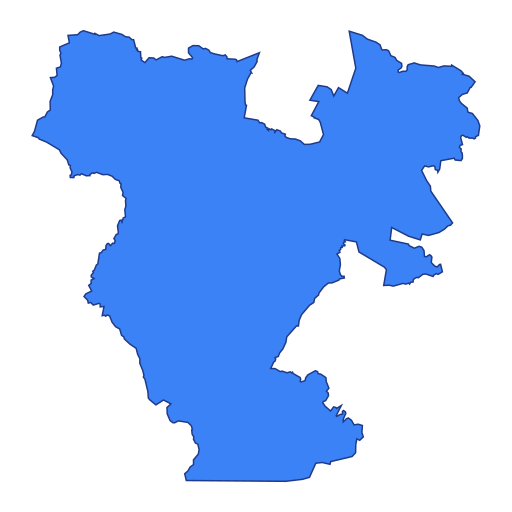 the district of Genaro Codina, Zacatecas, Mexico
{"feature_id": "50627088B62788345344248", "entity_name": "Genaro Codina", "entity_type": "district", "adm_level": 2, "iso_a3": "MEX", "parent_name": "Mexico", "parent_adm1": "Zacatecas", "projection": "robinson", "projection_center": [-102.559, 22.457], "detail": "fine", "context": "isolated", "style": "filled", "palette": "blue", "viewbox_px": 512, "rotation_deg": 0, "n_neighbors": 0, "source": "geoboundaries", "source_scale": "gbopen_adm2", "svg_char_len": 5938}
<svg xmlns="http://www.w3.org/2000/svg" viewBox="0 0 512 512"><path d="M359.7,440.3L363.3,436.9L361.9,432.5L362.4,425.5L358.1,424.2L354.1,424.9L351.4,420.2L348.4,418.0L346.6,418.6L343.3,421.9L343.2,419.4L345.8,413.3L345.4,411.8L343.5,410.5L342.4,411.4L342.6,414.2L340.3,414.4L336.7,416.4L336.2,415.7L341.3,405.5L336.5,408.5L336.0,407.5L333.6,406.9L330.6,411.0L325.1,406.2L322.8,402.7L323.2,401.6L325.7,400.6L328.5,395.6L328.2,393.0L326.4,391.2L328.9,388.2L326.3,381.7L325.9,377.6L320.9,374.2L318.1,373.6L317.6,371.7L315.4,370.7L307.8,374.9L305.7,377.8L305.1,380.6L301.1,382.0L300.2,381.5L300.7,379.2L300.1,377.5L293.4,373.7L292.4,372.1L291.4,372.8L290.1,371.8L287.2,372.8L282.0,371.1L280.2,371.6L275.1,368.6L270.7,368.5L273.8,361.9L275.0,361.2L275.7,359.1L275.1,357.5L278.3,356.5L279.5,353.1L282.8,349.0L285.9,342.3L286.8,336.8L296.5,325.9L298.4,326.0L299.2,320.2L301.6,314.6L309.6,305.2L313.8,302.5L314.6,298.5L318.6,294.9L318.9,293.1L323.7,286.8L328.4,283.0L332.0,282.9L338.9,280.1L339.3,279.0L344.3,278.0L344.1,276.3L341.8,276.3L340.3,274.4L339.3,270.9L340.4,264.7L339.8,258.4L336.9,254.0L339.9,252.4L339.3,250.5L340.6,249.6L340.7,247.7L342.2,247.4L341.9,246.0L344.7,245.8L345.0,245.1L343.3,243.5L344.0,242.1L345.3,241.8L344.3,240.4L344.6,239.7L356.4,241.9L359.0,252.0L384.3,267.1L386.4,269.6L383.7,285.5L389.1,285.2L393.4,286.1L403.0,283.4L405.6,284.1L408.8,283.1L409.6,284.1L410.6,282.3L413.1,282.0L413.3,279.6L415.0,278.2L417.1,277.3L418.2,277.8L422.9,274.3L425.9,274.0L433.1,276.5L433.9,275.0L436.3,273.6L438.1,274.4L442.4,271.8L440.6,264.3L439.4,264.5L437.4,266.9L434.9,266.2L431.8,263.2L431.3,262.1L431.9,257.1L431.0,255.7L429.6,254.7L426.2,256.8L424.5,256.5L424.0,250.6L421.8,247.2L419.0,246.3L414.4,248.2L409.0,245.6L408.5,244.1L390.1,240.2L391.7,227.5L408.8,236.3L420.3,239.9L422.1,234.0L428.5,235.4L439.0,232.5L444.4,229.2L448.0,225.8L450.5,225.2L452.6,222.9L430.8,191.1L430.4,186.2L426.5,180.4L421.6,170.4L424.6,165.9L428.6,166.9L433.3,165.7L434.9,166.7L435.3,169.6L437.6,170.3L437.9,172.2L439.7,169.0L440.8,160.7L454.1,158.2L455.1,160.0L461.0,160.6L462.4,158.6L462.4,155.2L462.0,152.7L460.9,151.5L461.2,149.0L459.4,147.3L460.1,145.4L462.5,144.6L460.6,137.4L461.5,135.7L462.9,135.2L466.2,137.3L467.5,136.8L469.1,138.1L472.8,138.1L474.1,138.9L475.5,138.1L475.6,136.6L478.4,135.4L479.8,125.9L477.9,120.5L472.4,113.5L467.9,112.1L467.2,108.1L461.4,103.4L459.6,101.1L458.6,97.7L462.3,94.4L467.2,93.0L470.2,87.4L471.1,87.4L475.1,81.8L469.1,76.2L462.3,74.2L463.3,73.4L461.0,70.8L451.7,65.1L451.7,66.3L444.0,65.9L438.3,67.5L434.2,66.0L420.4,64.9L414.2,62.9L408.2,64.7L407.2,66.6L407.2,69.8L405.9,71.3L402.6,71.3L399.5,72.5L398.1,72.0L398.3,69.8L400.8,68.3L401.9,66.5L401.6,63.4L396.7,60.4L395.0,57.4L390.9,55.7L388.6,50.8L386.4,49.7L382.7,50.0L381.7,49.4L380.0,44.8L375.9,42.1L367.3,39.1L362.4,35.3L349.2,31.2L355.8,68.2L347.4,93.2L338.5,87.6L333.8,96.0L331.2,89.6L328.7,87.9L327.0,86.8L318.2,85.4L309.9,100.2L318.8,101.6L311.3,115.7L314.5,117.4L314.3,117.9L318.7,119.5L320.3,122.4L323.5,134.6L319.6,142.0L310.0,144.3L304.3,144.4L300.3,140.8L295.3,139.0L290.2,138.8L286.1,137.3L284.9,135.9L285.4,134.2L281.5,132.9L280.3,131.0L276.7,129.7L274.4,133.2L275.4,130.9L271.6,128.9L271.0,129.7L268.8,128.7L268.6,130.5L267.0,129.2L267.3,127.9L265.6,127.0L264.6,124.1L261.6,122.6L259.6,122.8L258.0,120.2L244.2,117.8L246.5,105.3L245.5,104.9L245.0,101.6L244.7,87.9L247.5,79.1L251.0,72.7L251.6,72.9L250.3,70.3L254.1,67.0L257.1,61.6L257.0,59.3L259.4,52.7L237.0,61.6L236.5,59.8L235.1,59.2L227.2,58.8L226.9,56.9L225.3,54.9L222.9,55.7L214.9,54.0L210.4,52.6L209.0,50.3L205.6,48.4L203.2,48.9L198.7,45.7L192.9,45.6L188.5,48.1L188.5,52.8L192.5,57.6L191.8,59.2L189.7,58.7L184.6,60.2L171.7,56.2L164.6,57.4L162.2,56.7L156.1,59.9L153.7,58.0L149.1,57.7L144.9,62.6L141.1,59.9L141.8,58.2L140.8,57.6L140.5,51.7L138.0,51.4L137.6,49.9L136.7,50.0L137.1,48.2L135.7,47.9L133.6,39.7L131.8,39.6L129.1,37.1L125.6,36.8L121.9,34.4L113.7,32.1L110.2,34.0L99.1,35.6L95.0,33.4L94.9,34.3L83.4,30.7L80.1,32.2L77.7,34.7L68.0,35.4L69.4,42.8L59.7,47.0L59.7,50.3L60.9,53.2L60.0,55.1L61.4,63.2L60.4,66.9L56.4,68.2L57.1,75.4L54.7,77.3L50.4,77.6L53.6,86.1L52.7,89.7L52.7,94.7L50.1,101.4L50.3,110.0L47.4,112.0L44.8,117.0L43.2,117.0L37.5,120.2L34.5,131.3L32.2,135.6L38.3,137.7L39.3,139.1L46.6,142.1L59.4,149.8L61.1,153.3L67.2,159.8L68.8,164.9L70.3,165.4L70.1,167.8L71.9,171.8L71.4,174.9L70.1,175.3L70.3,177.5L73.8,177.6L74.3,175.7L77.7,174.6L80.0,175.1L81.4,173.7L86.3,175.8L89.9,175.6L89.7,174.9L92.3,172.8L94.0,173.4L96.5,172.3L102.9,174.7L107.4,174.4L112.1,176.2L115.5,179.5L119.1,180.7L120.1,183.4L121.0,183.8L120.8,187.4L123.1,192.5L122.5,195.5L126.1,198.4L125.5,200.6L125.9,206.2L124.8,209.6L125.5,216.8L123.2,218.0L122.0,222.1L121.2,220.1L119.7,220.5L117.5,225.8L118.3,232.3L117.8,234.1L116.3,234.4L113.9,238.6L115.2,240.5L114.4,243.4L112.6,243.2L110.5,245.6L108.5,243.4L107.2,243.7L106.0,245.7L105.7,249.4L103.2,250.0L101.2,252.7L99.5,253.1L97.8,264.0L96.3,265.1L94.3,270.1L92.8,271.3L93.4,272.5L91.2,275.3L91.3,277.0L94.1,278.6L91.1,280.1L91.1,283.5L88.7,285.4L91.7,291.0L85.8,293.9L84.0,296.5L87.6,300.2L88.3,303.1L90.7,302.5L93.3,305.1L99.1,303.3L100.2,304.2L100.2,306.9L104.0,306.5L102.2,315.7L104.2,315.2L105.7,316.2L107.1,315.0L109.6,315.9L112.1,322.2L115.6,326.7L119.7,329.0L121.5,335.2L124.0,337.1L124.3,338.9L129.9,344.1L136.1,348.3L137.7,354.4L139.9,358.8L139.8,363.2L142.8,370.6L143.9,375.2L143.4,377.1L144.9,379.1L147.9,391.7L148.3,397.9L149.6,399.7L155.9,404.9L163.5,400.0L170.9,403.9L167.0,407.5L167.2,413.8L170.1,420.6L172.8,422.7L174.6,422.8L178.3,420.9L187.9,422.4L191.4,425.9L192.3,429.3L191.7,429.9L192.2,434.3L193.8,436.9L193.5,439.4L195.5,443.1L197.8,444.1L199.1,449.6L198.3,454.1L193.5,459.8L193.5,464.6L190.2,467.0L187.8,471.1L184.7,473.7L186.3,480.5L285.7,481.3L302.6,479.3L309.5,477.3L315.8,463.2L322.2,462.5L330.0,464.3L330.7,461.6L352.1,456.5L355.6,452.7L355.8,444.3L356.9,438.8L359.7,440.3Z" fill="#3b82f6" stroke="#1e3a8a" stroke-width="1.5"/></svg>